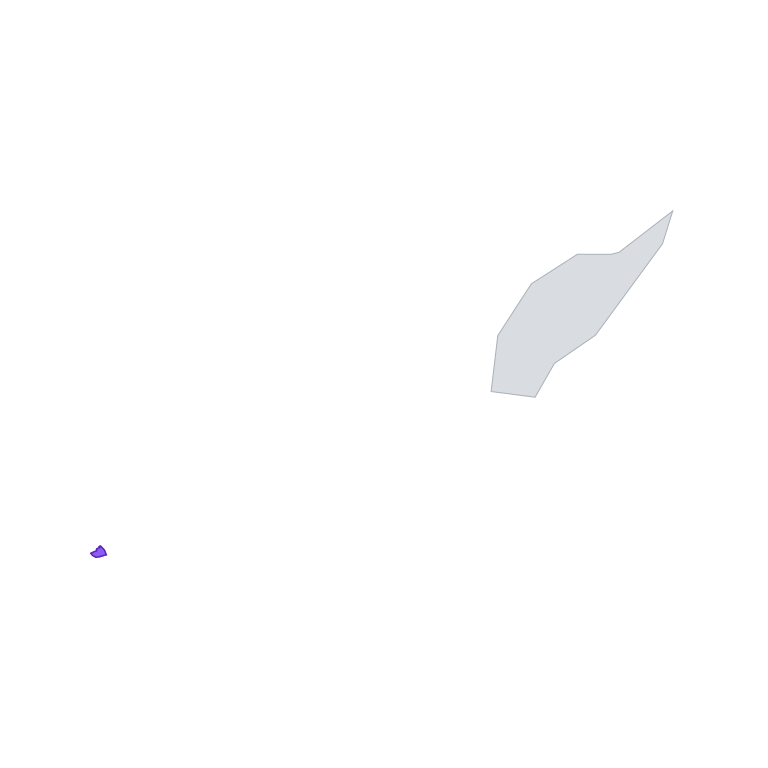 location of Ngermasech, Palau, rotated 27°
{"feature_id": "81905179B83677896294556", "entity_name": "Ngermasech", "entity_type": "district", "adm_level": 2, "iso_a3": "PLW", "parent_name": "Palau", "parent_adm1": "", "projection": "albers", "projection_center": [134.129, 6.897], "detail": "fine", "context": "in_parent", "style": "filled", "palette": "violet", "viewbox_px": 768, "rotation_deg": 27, "n_neighbors": 0, "source": "geoboundaries", "source_scale": "gbopen_adm2", "svg_char_len": 1575}
<svg xmlns="http://www.w3.org/2000/svg" viewBox="0 0 768 768"><g transform="rotate(27 384 384)"><path d="M524.6,327.2L482.9,342.1L463.4,289.2L469.8,227.8L497.4,180.6L527.4,165.4L533.6,160.0L562.7,98.7L568.5,132.5L550.2,244.6L526.5,288.3L524.6,327.2Z" fill="#d9dde1" stroke="#a8b0b8" stroke-width="1"/><path d="M205.0,657.0L204.9,657.0L204.7,657.2L204.7,657.3L204.9,657.4L204.9,657.5L204.9,657.8L204.7,657.8L204.2,657.8L204.1,658.0L204.9,658.0L204.9,658.4L204.8,658.9L204.7,659.1L204.3,659.3L204.2,659.4L204.1,659.5L204.1,659.8L203.5,660.5L203.3,660.6L203.2,660.7L203.0,661.0L202.9,661.1L202.8,661.5L202.9,662.0L203.1,662.4L203.2,662.5L203.3,662.6L203.6,662.8L203.7,663.0L203.6,663.3L203.3,663.6L202.9,663.9L202.7,664.2L202.6,664.3L202.3,664.5L202.1,664.7L201.9,664.9L201.7,665.2L201.4,665.5L201.1,666.0L200.7,666.5L200.5,666.8L200.2,667.2L200.1,667.3L199.7,667.7L199.6,667.8L199.5,668.0L199.8,668.2L200.1,668.2L200.7,668.3L200.8,668.3L201.0,668.6L201.3,668.8L201.6,668.9L202.2,669.1L202.3,669.1L203.3,669.2L203.7,669.1L204.0,669.1L204.5,669.0L204.8,669.1L205.2,669.2L205.3,669.3L205.8,669.2L206.0,669.2L206.3,669.0L206.5,668.9L206.8,668.7L207.0,668.5L207.4,668.1L207.6,668.0L207.7,667.9L207.8,667.8L208.0,667.7L208.3,667.6L208.6,667.5L208.7,667.4L208.9,667.3L209.1,667.1L209.7,666.4L209.9,666.1L210.0,666.0L210.2,665.9L210.3,665.8L211.4,664.9L212.0,664.3L212.2,664.0L212.5,663.7L213.2,663.1L213.6,662.7L214.2,662.3L210.5,659.0L210.3,658.9L207.0,657.7L206.6,657.6L206.0,657.4L205.3,657.2L205.0,657.0L205.0,657.0Z" fill="#8b5cf6" stroke="#5b21b6" stroke-width="1.5"/></g></svg>